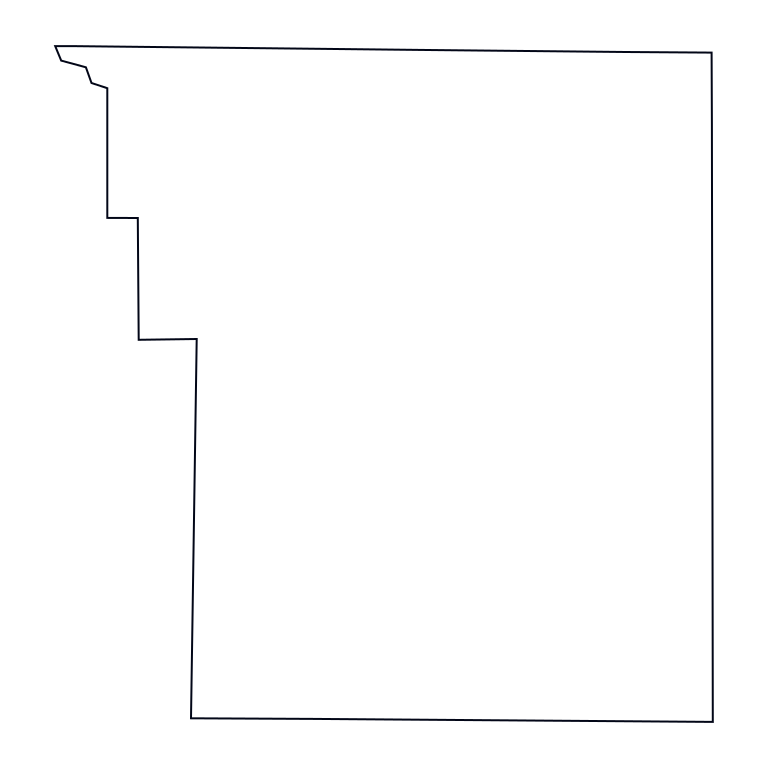 Brooks, Texas, United States of America
{"feature_id": "52423323B9714616989875", "entity_name": "Brooks", "entity_type": "district", "adm_level": 2, "iso_a3": "USA", "parent_name": "United States of America", "parent_adm1": "Texas", "projection": "robinson", "projection_center": [-98.343, 27.023], "detail": "fine", "context": "isolated", "style": "outline", "palette": "ink", "viewbox_px": 768, "rotation_deg": 0, "n_neighbors": 0, "source": "geoboundaries", "source_scale": "gbopen_adm2", "svg_char_len": 328}
<svg xmlns="http://www.w3.org/2000/svg" viewBox="0 0 768 768"><path d="M417.8,49.9L71.1,46.1L55.2,46.1L61.2,60.6L85.9,67.3L91.5,83.0L107.3,88.2L107.3,217.9L137.8,218.0L138.7,339.8L196.7,339.0L191.0,718.3L312.7,718.9L712.8,721.9L711.9,124.1L711.6,52.6L625.7,52.0L417.8,49.9Z" fill="none" stroke="#020617" stroke-width="2"/></svg>